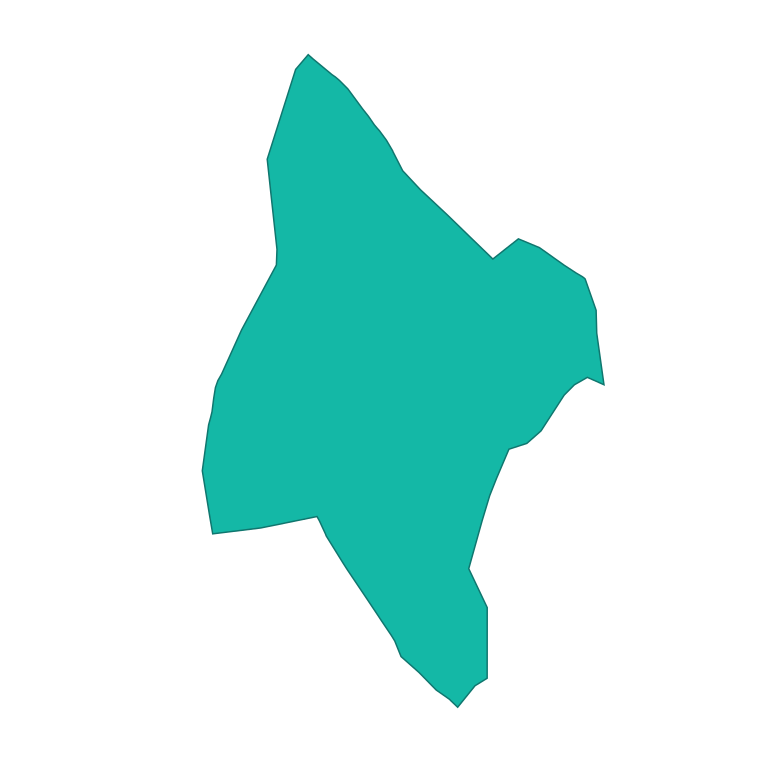 Zapotitlán Palmas, Oaxaca, Mexico, rotated 36°
{"feature_id": "50627088B57501900146660", "entity_name": "Zapotitlán Palmas", "entity_type": "district", "adm_level": 2, "iso_a3": "MEX", "parent_name": "Mexico", "parent_adm1": "Oaxaca", "projection": "mercator", "projection_center": [-97.834, 17.881], "detail": "fine", "context": "isolated", "style": "filled", "palette": "teal", "viewbox_px": 768, "rotation_deg": 36, "n_neighbors": 0, "source": "geoboundaries", "source_scale": "gbopen_adm2", "svg_char_len": 1106}
<svg xmlns="http://www.w3.org/2000/svg" viewBox="0 0 768 768"><g transform="rotate(36 384 384)"><path d="M474.0,181.3L459.8,182.0L429.7,182.3L407.4,187.6L398.6,218.9L366.7,214.4L336.0,210.0L299.2,205.4L273.8,200.5L254.7,190.8L254.0,190.3L242.8,185.4L231.5,181.8L228.3,181.1L223.8,180.0L214.2,176.6L204.9,174.0L181.3,166.5L169.5,164.6L164.1,164.2L160.1,164.3L135.1,162.7L129.1,162.1L127.6,181.4L157.4,270.8L184.0,300.2L218.3,338.0L227.0,351.0L237.0,424.1L246.8,471.5L247.6,478.9L249.7,485.9L254.6,495.6L261.2,507.6L263.5,513.2L266.1,520.1L288.0,561.0L321.5,594.2L333.5,605.9L369.0,572.8L407.7,530.6L412.2,532.7L424.6,539.6L426.6,540.9L456.3,553.0L461.4,555.0L464.0,556.0L496.8,568.0L515.2,574.8L521.0,577.0L538.0,583.2L543.8,585.6L558.0,594.5L581.9,596.8L606.1,600.9L622.4,600.6L624.6,601.0L633.6,602.2L635.0,574.6L640.4,561.4L598.9,504.2L561.1,483.6L543.7,436.8L535.1,412.1L530.6,394.6L523.4,363.3L534.5,348.0L538.6,329.6L536.3,287.1L538.5,272.7L544.6,259.1L562.4,255.3L526.2,217.8L512.3,199.7L485.0,180.8L483.3,180.6L481.4,180.6L474.0,181.3Z" fill="#14b8a6" stroke="#0f766e" stroke-width="1.5"/></g></svg>